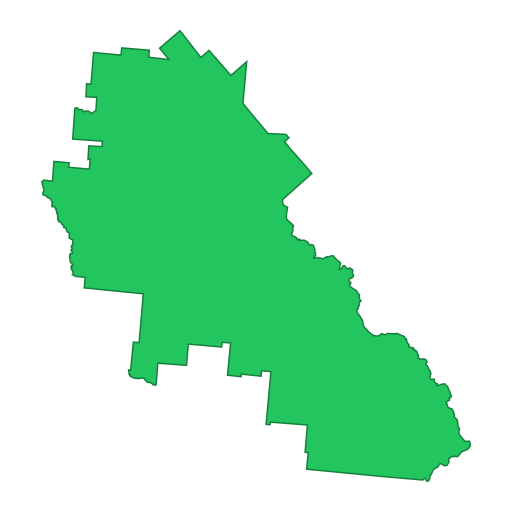 Croydon, Queensland, Australia (orthographic projection)
{"feature_id": "25037944B33150906552836", "entity_name": "Croydon", "entity_type": "district", "adm_level": 2, "iso_a3": "AUS", "parent_name": "Australia", "parent_adm1": "Queensland", "projection": "orthographic", "projection_center": [142.176, -18.514], "detail": "fine", "context": "isolated", "style": "filled", "palette": "green", "viewbox_px": 512, "rotation_deg": 0, "n_neighbors": 0, "source": "geoboundaries", "source_scale": "gbopen_adm2", "svg_char_len": 5968}
<svg xmlns="http://www.w3.org/2000/svg" viewBox="0 0 512 512"><path d="M266.1,424.4L270.0,424.7L270.3,422.1L307.4,425.0L305.1,452.3L308.2,452.5L306.6,469.2L383.2,476.6L422.8,480.0L424.1,478.5L424.5,478.4L425.4,479.0L426.4,480.8L427.3,481.3L428.2,480.9L429.5,479.5L430.0,476.2L431.6,473.7L432.9,470.5L433.8,469.3L435.0,468.4L437.8,467.0L439.4,464.1L440.2,463.7L441.1,463.8L444.0,465.5L445.0,465.7L446.8,465.5L448.8,462.5L448.8,458.6L449.0,458.3L449.5,458.4L450.4,457.4L452.3,456.3L452.9,456.8L454.5,456.5L454.9,456.1L456.0,456.5L457.7,456.7L458.4,455.3L459.5,454.8L460.3,453.0L461.0,452.7L461.8,451.7L466.0,450.1L468.1,448.8L469.6,447.2L470.3,445.2L469.9,442.6L469.3,441.1L466.1,441.5L464.9,441.1L462.6,438.8L459.2,434.1L458.9,431.8L459.5,428.6L457.9,426.1L457.8,423.0L457.2,420.2L456.4,419.0L454.3,416.9L454.2,414.1L453.4,411.4L452.4,409.6L451.5,408.8L448.4,407.7L447.8,406.7L447.0,404.1L446.3,403.7L446.7,401.9L447.3,401.2L449.5,400.2L449.4,397.8L450.6,397.5L451.3,396.4L451.0,394.9L450.1,393.8L450.1,392.5L449.8,391.7L448.6,389.6L447.9,387.1L447.1,386.1L445.8,385.5L445.3,384.3L444.6,383.8L441.5,384.2L440.1,385.0L438.9,385.0L437.6,385.7L437.1,385.6L436.7,385.3L437.3,383.8L435.8,383.4L434.0,381.4L434.3,380.8L434.5,379.4L433.8,379.2L430.8,379.4L430.1,378.7L429.9,377.6L430.1,376.0L430.9,373.7L430.0,371.1L428.5,368.6L427.7,366.5L425.9,364.1L425.9,363.5L426.8,362.4L426.9,361.6L425.9,359.7L425.5,359.4L424.7,359.4L423.9,358.8L423.3,359.2L420.7,359.0L419.9,359.4L419.6,358.7L418.5,358.4L418.6,357.5L418.3,357.3L418.1,356.4L418.5,355.2L418.3,354.7L417.4,354.1L417.4,353.4L416.9,352.5L417.0,351.8L415.9,351.2L415.7,350.2L414.2,350.7L413.8,350.4L413.9,349.3L413.5,348.0L412.6,348.5L411.7,347.5L408.6,346.8L409.0,344.6L407.1,342.7L406.4,339.1L406.2,338.9L405.5,339.3L405.2,339.1L404.6,336.9L404.2,336.5L397.1,333.5L391.7,333.9L387.6,333.4L385.7,334.5L384.3,334.8L381.9,333.7L380.7,334.3L379.0,335.6L378.0,336.0L376.4,336.0L373.8,335.5L371.9,334.5L368.8,331.9L363.7,326.5L363.0,323.7L362.6,320.6L359.7,315.8L356.9,312.2L356.9,310.7L357.2,309.3L357.9,309.1L358.3,308.4L358.1,307.0L358.9,306.3L359.2,305.0L358.9,303.6L359.3,302.4L359.8,301.6L360.9,301.4L361.0,300.9L359.8,299.4L359.2,297.4L359.1,296.2L359.5,295.2L359.2,294.4L357.7,293.3L356.7,290.9L351.0,287.2L349.6,285.5L349.6,284.6L350.9,283.0L349.2,281.2L348.8,280.3L348.9,279.7L349.2,279.0L351.7,278.1L352.0,277.3L352.8,277.2L353.4,275.8L353.5,275.2L352.3,272.8L352.3,272.1L352.8,270.8L352.5,269.7L351.7,269.4L350.5,268.2L349.4,268.0L349.0,268.8L348.3,269.1L345.7,267.4L345.1,266.1L344.2,265.6L343.3,265.7L342.3,266.7L341.6,268.9L340.4,269.5L339.1,269.2L339.8,267.8L339.8,266.2L340.6,263.5L340.4,262.9L339.5,261.7L336.5,259.9L336.1,258.9L333.9,256.7L333.5,255.9L330.9,255.9L327.7,257.2L326.9,256.6L323.5,258.5L322.8,258.6L321.8,258.6L320.6,258.0L319.3,258.0L318.0,257.5L315.5,258.3L313.7,258.0L314.0,257.2L315.7,255.8L315.2,254.7L315.2,253.9L315.6,253.5L315.6,253.1L314.8,252.4L315.0,249.8L314.4,248.6L314.1,246.9L313.2,245.3L312.0,244.6L311.3,244.6L310.5,245.1L309.6,244.9L308.7,244.2L308.1,242.7L307.5,242.1L304.3,240.2L299.7,240.3L299.6,239.3L298.8,239.2L298.7,240.1L296.8,239.0L296.5,237.8L295.2,236.8L292.6,235.8L291.6,234.9L291.8,233.0L292.5,232.0L292.9,230.5L292.7,228.0L293.4,226.4L293.3,225.4L289.2,221.5L288.2,220.9L286.5,218.6L286.2,218.0L286.5,213.8L287.6,207.5L287.2,207.0L286.2,206.7L284.8,205.9L283.3,204.4L282.5,202.0L282.5,200.4L282.8,199.5L284.1,198.2L311.8,173.5L303.6,163.8L289.9,148.4L284.5,141.6L288.9,137.8L286.0,134.4L267.9,133.5L242.9,103.4L246.7,61.7L230.9,75.5L209.1,50.4L200.8,57.4L180.0,30.7L159.6,48.2L168.9,59.6L148.8,57.2L149.3,50.2L121.7,47.9L121.0,55.1L93.6,52.5L91.0,84.1L86.6,83.7L85.9,96.8L96.8,97.3L95.9,110.6L92.3,112.9L90.7,113.3L89.7,112.0L88.7,111.3L87.7,111.1L85.3,111.1L83.1,111.8L82.6,111.6L82.5,109.8L81.0,109.5L78.8,109.7L77.2,107.7L74.8,108.3L72.7,139.1L102.4,141.2L102.0,146.6L88.8,145.9L88.0,159.5L89.2,159.1L90.2,159.0L89.3,169.1L68.8,167.3L69.1,162.8L53.9,161.4L52.5,181.2L44.0,180.1L43.4,180.3L42.8,181.2L41.7,182.0L42.1,182.4L42.5,183.7L42.3,184.7L43.2,186.2L42.9,187.1L43.8,188.3L43.9,190.6L43.0,192.4L42.9,194.5L43.8,195.3L44.6,195.2L46.3,195.8L47.3,197.4L48.2,197.2L48.8,197.9L49.6,198.2L50.7,199.1L50.8,199.7L51.8,201.2L51.9,202.1L52.5,202.7L51.9,204.5L51.8,206.0L52.1,206.6L52.9,206.8L54.5,206.6L55.0,207.0L55.3,208.4L55.8,208.4L56.0,208.8L56.3,209.9L56.1,210.7L56.8,211.3L57.1,211.9L56.6,213.1L57.6,214.0L57.8,214.5L57.5,214.8L57.9,215.7L57.5,216.1L57.8,217.0L57.7,218.4L58.2,219.4L57.9,219.7L58.4,220.2L58.5,221.2L58.9,221.1L59.0,221.5L59.7,221.7L59.9,222.1L61.2,222.5L61.7,224.1L63.3,225.1L63.9,226.9L63.7,227.2L64.1,227.7L65.5,227.9L66.2,228.5L66.5,230.3L67.4,232.0L69.0,232.8L69.5,234.1L69.2,235.5L69.5,236.0L69.0,237.8L70.5,238.6L71.0,239.2L72.8,239.7L72.7,241.6L73.3,243.5L72.6,244.0L72.6,245.1L71.5,245.8L71.8,246.5L71.3,247.3L71.9,247.9L72.2,248.8L71.2,249.7L71.5,250.4L71.2,250.6L72.4,252.1L72.3,252.8L72.1,253.4L70.8,253.5L70.7,253.9L69.7,254.5L69.8,255.1L70.0,255.3L69.8,255.8L70.0,256.7L69.6,257.1L70.0,257.8L69.9,259.2L70.4,262.3L71.8,263.4L72.3,264.2L72.6,265.5L72.2,266.4L71.9,266.0L71.4,266.0L70.9,266.5L71.3,266.9L71.4,267.8L71.1,268.3L71.6,269.7L71.9,270.1L72.5,270.2L72.6,271.2L73.0,271.6L73.1,273.8L72.4,274.7L73.3,274.9L75.3,276.4L85.2,277.3L84.2,287.9L143.3,293.8L139.1,342.6L133.4,342.1L130.6,370.2L128.6,369.9L128.7,371.2L129.4,372.0L129.0,372.8L129.3,373.5L129.0,374.1L129.3,374.6L130.0,374.7L129.8,375.5L130.1,375.9L130.2,375.7L130.8,376.1L130.8,376.7L132.6,377.2L133.0,377.8L133.4,378.0L134.1,377.8L135.3,378.4L137.5,378.2L138.1,378.7L138.6,378.5L139.4,378.6L141.1,377.9L142.5,378.2L143.5,378.1L144.5,378.8L145.7,380.8L146.6,381.2L147.0,381.9L147.8,382.4L150.2,382.4L151.2,383.3L152.0,383.5L153.3,385.0L156.1,384.8L157.8,363.2L186.5,365.3L188.3,344.1L221.6,347.0L222.1,342.4L230.6,342.9L227.5,375.2L241.1,376.7L241.4,374.1L261.1,376.2L261.4,370.8L270.9,371.6L266.1,424.4Z" fill="#22c55e" stroke="#15803d" stroke-width="1.5"/></svg>